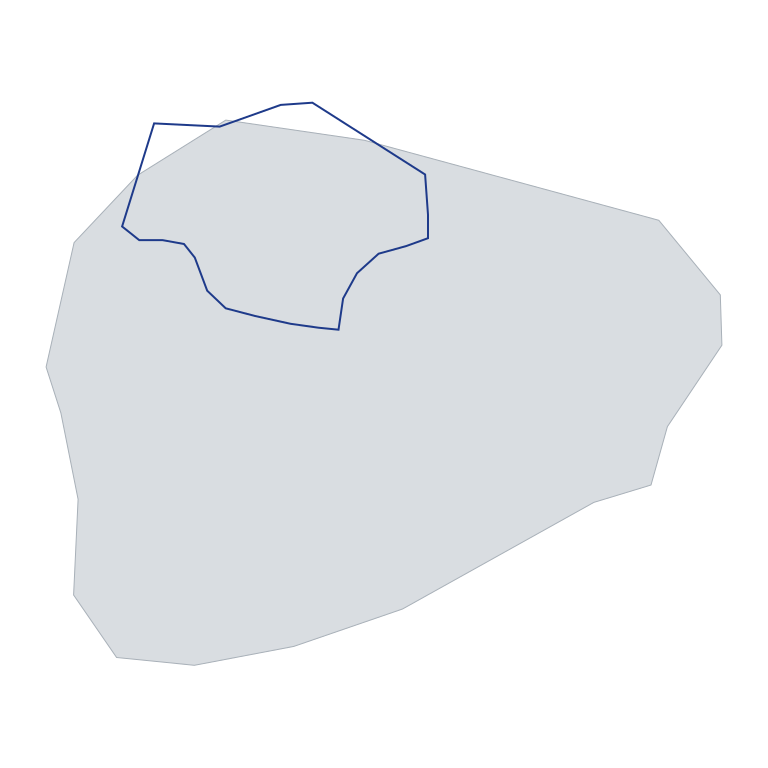 where Ordino sits in Andorra
{"feature_id": "AND-4878", "entity_name": "Ordino", "entity_type": "state/province", "adm_level": 1, "iso_a3": "AND", "parent_name": "Andorra", "parent_adm1": "", "projection": "natural_earth1", "projection_center": [1.528, 42.606], "detail": "fine", "context": "in_parent", "style": "outline", "palette": "blue", "viewbox_px": 768, "rotation_deg": 0, "n_neighbors": 0, "source": "natural_earth", "source_scale": "10m", "svg_char_len": 688}
<svg xmlns="http://www.w3.org/2000/svg" viewBox="0 0 768 768"><path d="M651.0,485.0L593.8,502.4L402.5,609.0L293.8,646.4L194.3,665.3L116.6,657.5L73.6,595.0L78.1,499.3L60.9,413.0L46.1,367.0L74.1,242.6L137.6,175.2L225.8,120.1L364.5,140.3L658.8,220.3L720.3,294.9L721.9,345.2L667.4,426.6L651.0,485.0Z" fill="#d9dde1" stroke="#a8b0b8" stroke-width="1"/><path d="M312.4,102.7L425.1,174.5L428.0,214.8L428.0,238.2L406.4,246.0L378.6,253.7L357.0,273.2L343.1,298.5L338.5,329.7L318.4,327.7L290.6,323.8L255.0,316.0L225.7,308.3L207.2,290.7L194.8,257.6L184.0,244.0L162.4,240.1L139.2,240.1L122.1,226.5L154.1,123.4L219.7,126.6L280.7,104.9L312.4,102.7Z" fill="none" stroke="#1e3a8a" stroke-width="2"/></svg>